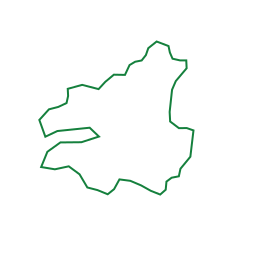 map outline of Străşeni (Natural Earth projection), rotated 135°
{"feature_id": "MDA-1647", "entity_name": "Străşeni", "entity_type": "District", "adm_level": 1, "iso_a3": "MDA", "parent_name": "Moldova", "parent_adm1": "", "projection": "natural_earth1", "projection_center": [28.587, 47.172], "detail": "fine", "context": "isolated", "style": "outline", "palette": "green", "viewbox_px": 256, "rotation_deg": 135, "n_neighbors": 0, "source": "natural_earth", "source_scale": "10m", "svg_char_len": 814}
<svg xmlns="http://www.w3.org/2000/svg" viewBox="0 0 256 256"><g transform="rotate(135 128 128)"><path d="M198.8,114.7L195.0,129.5L197.0,142.8L208.9,150.5L217.0,161.8L201.8,168.2L186.0,165.6L171.0,150.9L154.6,142.5L154.9,155.3L180.1,175.8L192.6,180.3L185.0,196.4L170.7,197.1L162.4,192.2L153.8,189.1L147.7,193.0L142.9,198.3L129.9,190.9L121.3,176.3L111.4,176.7L100.3,175.7L92.6,167.7L82.4,171.4L76.1,169.8L70.6,166.1L63.8,166.9L57.2,170.1L46.6,168.9L41.4,157.3L45.0,151.8L47.5,145.5L43.4,139.0L39.0,134.6L44.3,128.8L61.0,127.4L69.8,123.9L87.2,109.9L93.6,102.8L92.1,91.9L86.5,86.4L83.4,80.0L104.2,63.6L119.7,62.1L126.2,57.9L132.3,62.0L138.7,62.9L145.0,57.7L152.3,58.2L156.3,67.5L159.3,78.1L163.7,89.0L170.4,97.7L181.1,94.6L189.2,95.5L193.5,105.7L198.8,114.7Z" fill="none" stroke="#15803d" stroke-width="2"/></g></svg>